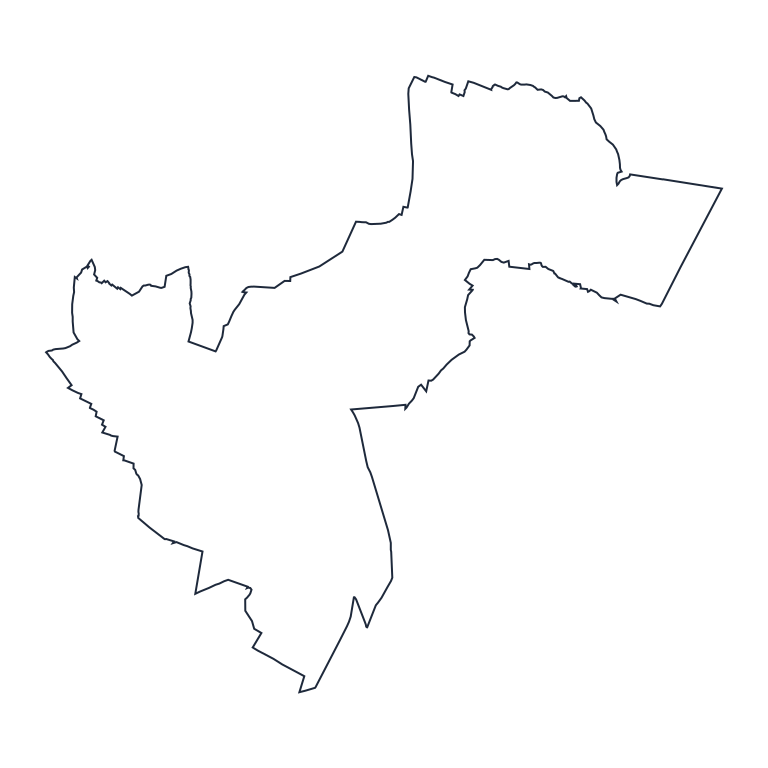 the district of Tlanalapa, Hidalgo, Mexico
{"feature_id": "50627088B50313266532501", "entity_name": "Tlanalapa", "entity_type": "district", "adm_level": 2, "iso_a3": "MEX", "parent_name": "Mexico", "parent_adm1": "Hidalgo", "projection": "robinson", "projection_center": [-98.588, 19.828], "detail": "fine", "context": "isolated", "style": "outline", "palette": "slate", "viewbox_px": 768, "rotation_deg": 0, "n_neighbors": 0, "source": "geoboundaries", "source_scale": "gbopen_adm2", "svg_char_len": 5990}
<svg xmlns="http://www.w3.org/2000/svg" viewBox="0 0 768 768"><path d="M566.1,96.1L565.0,97.3L563.7,96.4L562.4,96.3L557.1,97.9L555.4,98.0L553.4,97.5L551.9,95.9L547.8,92.5L544.8,91.6L543.1,90.0L541.2,89.4L537.6,89.8L535.1,87.4L533.9,86.7L533.0,85.9L530.4,85.0L526.4,84.4L524.5,84.6L521.1,84.6L519.9,84.2L517.3,82.5L516.4,82.4L515.1,84.1L514.0,85.2L509.9,88.0L508.7,89.1L507.6,89.3L503.3,88.1L501.9,87.5L500.8,86.7L498.1,85.9L495.0,84.5L494.2,84.9L493.8,85.5L493.1,85.8L492.7,86.3L492.5,87.3L491.1,89.2L491.2,89.8L473.7,82.8L468.3,81.3L465.8,88.6L464.5,90.3L464.7,92.1L463.4,96.0L459.6,94.4L458.5,96.0L455.3,94.1L451.5,92.6L451.3,92.2L452.6,84.5L445.1,82.0L433.9,77.6L432.2,77.2L428.2,75.8L425.7,81.7L425.2,81.8L416.5,77.4L414.3,77.0L408.7,88.3L408.3,93.8L409.1,109.6L410.3,124.5L411.2,143.5L412.0,154.3L413.0,161.0L413.0,162.0L412.5,178.9L410.6,191.5L407.7,207.5L407.4,207.6L403.4,206.8L401.6,214.9L399.0,214.1L395.2,217.7L392.4,219.8L389.2,221.9L387.8,221.9L386.3,222.7L380.8,223.7L371.1,224.1L368.9,223.8L366.1,222.3L362.0,222.2L359.7,221.9L356.0,221.7L342.4,251.6L319.3,266.5L300.9,273.6L290.4,277.1L290.2,281.0L284.6,280.9L274.6,287.9L254.1,286.6L250.9,286.7L248.4,287.0L246.4,288.0L244.5,290.0L243.2,291.1L242.5,291.9L243.4,292.2L246.3,292.5L244.4,294.7L239.2,304.2L234.8,309.7L233.4,311.8L231.5,315.9L229.1,321.7L227.8,324.4L223.7,326.1L223.4,329.3L222.4,336.1L222.1,337.2L216.2,350.5L215.6,351.4L188.5,341.5L191.0,332.2L191.8,328.2L192.6,322.8L192.6,319.9L191.0,313.1L190.9,311.0L190.4,308.1L190.6,306.3L189.7,303.4L190.7,300.3L190.7,299.0L191.3,297.7L191.5,293.8L191.4,291.5L190.7,287.9L190.8,286.6L190.5,285.3L190.6,283.5L190.6,279.6L190.2,276.9L189.6,276.3L189.4,275.3L189.5,274.3L188.8,273.0L188.7,272.4L188.9,270.6L188.7,269.6L188.4,269.2L188.4,268.2L188.1,266.8L185.3,267.2L180.9,268.7L176.6,270.6L171.3,274.0L166.3,275.8L164.6,286.8L161.5,287.9L160.3,287.8L155.6,286.4L151.1,285.8L150.5,284.8L149.8,284.6L148.2,284.7L145.4,285.5L143.8,285.5L142.5,286.4L139.0,291.7L131.9,295.6L129.8,293.9L120.8,287.9L120.3,289.1L118.0,287.3L117.2,288.7L112.2,284.6L111.4,285.5L109.2,283.6L109.2,283.1L107.5,281.1L105.6,282.3L104.2,280.7L101.7,283.2L101.1,282.6L99.3,282.3L97.6,281.1L96.3,280.6L97.2,277.8L94.1,274.5L95.2,270.1L94.8,267.0L91.6,259.8L90.4,260.9L87.5,265.5L88.9,266.7L87.7,268.0L87.2,266.4L82.1,269.5L81.1,272.6L76.5,277.5L76.8,278.4L74.8,277.0L73.8,287.6L74.1,292.1L73.3,295.7L72.2,304.2L72.1,312.8L72.7,316.9L72.7,321.6L73.6,332.5L77.4,339.2L79.2,341.0L76.8,342.6L72.2,344.7L70.1,346.2L65.4,348.1L63.2,348.5L55.6,349.1L53.3,349.6L51.9,350.5L48.5,350.9L46.6,351.9L46.1,352.3L48.0,354.4L49.8,357.0L51.7,359.0L52.9,360.0L53.4,361.3L55.1,363.0L62.1,371.5L66.4,377.9L71.6,385.2L68.0,387.9L72.4,390.3L78.1,393.0L81.4,394.1L80.1,398.4L91.3,403.9L89.9,407.7L89.9,408.0L93.5,409.7L96.6,411.7L95.7,416.3L103.7,420.3L102.0,424.7L105.5,426.8L102.3,432.5L110.0,434.9L111.1,435.6L113.1,436.1L117.6,436.6L114.6,450.8L114.9,451.6L123.9,456.1L123.3,460.3L124.4,460.4L133.6,463.6L133.5,468.3L135.2,469.9L136.3,473.6L136.9,474.5L138.2,475.5L140.1,479.0L141.7,485.0L138.5,509.8L138.4,512.0L138.7,513.3L138.6,515.8L138.0,516.1L138.3,518.0L149.5,527.5L164.6,539.1L165.1,539.2L166.2,539.0L174.0,541.4L172.8,543.2L176.5,542.1L183.8,545.1L187.4,546.2L192.6,548.4L202.5,551.5L195.3,593.8L200.4,591.4L209.0,587.9L215.5,584.8L219.3,583.6L224.2,581.2L228.2,579.8L247.7,586.7L247.0,588.1L248.2,587.6L250.3,588.0L251.5,589.7L250.3,593.4L249.4,594.9L248.5,595.9L247.1,597.6L245.2,599.3L245.3,610.8L252.0,621.1L254.2,628.8L261.4,633.0L252.7,647.5L257.8,650.6L273.4,658.8L282.2,664.4L304.3,676.2L299.4,692.2L305.4,690.7L315.1,687.8L315.6,687.1L339.7,640.6L347.0,626.2L349.0,621.7L350.7,616.6L353.9,597.3L354.2,597.2L354.6,597.3L356.1,599.4L364.8,621.8L365.8,624.5L366.2,626.6L366.7,627.2L367.2,627.3L375.7,605.6L376.1,604.9L377.8,602.9L381.5,597.8L387.4,587.2L391.0,581.0L392.3,577.7L391.2,551.8L390.8,549.8L390.8,542.9L388.0,530.2L371.9,476.8L370.3,472.3L367.7,467.2L366.2,460.9L359.5,427.7L358.1,423.1L354.7,415.4L353.0,412.4L351.1,409.5L393.0,406.0L405.5,404.8L405.3,408.8L406.5,407.6L409.0,403.6L411.9,400.6L413.7,398.2L418.2,386.8L421.1,384.7L426.2,391.3L428.5,380.5L431.2,380.7L433.1,379.6L438.7,373.6L441.0,370.4L443.3,368.5L446.6,364.6L451.6,359.8L458.9,354.5L464.6,351.7L466.5,349.6L469.6,345.4L469.7,341.3L470.6,340.4L474.6,337.9L473.8,336.5L471.9,334.6L469.5,334.4L468.5,333.1L468.7,331.2L465.9,320.0L465.0,312.4L464.9,307.2L467.2,299.3L468.1,295.1L472.6,290.1L472.7,289.8L469.2,289.6L472.6,285.6L469.6,283.8L464.9,280.0L467.6,276.4L468.9,272.9L470.7,269.2L475.4,268.3L477.3,267.7L480.0,265.1L484.3,259.8L492.9,260.1L495.0,259.1L497.2,258.9L498.9,259.8L501.4,261.9L503.8,262.6L508.6,260.9L509.3,266.7L529.4,269.0L529.0,264.3L530.3,264.7L531.4,264.5L533.0,263.5L534.3,263.0L536.6,263.0L539.4,262.7L540.5,262.8L541.0,263.2L541.5,265.2L542.0,266.1L542.9,266.9L545.6,266.8L548.3,269.0L553.1,270.9L553.4,271.2L554.4,273.5L555.1,273.6L558.1,277.4L559.5,277.9L559.5,278.1L561.9,278.9L568.5,281.8L569.7,281.6L571.8,283.4L572.9,283.9L573.2,284.8L574.1,285.3L574.6,286.2L575.8,286.7L576.7,286.4L576.6,286.2L574.8,283.7L580.1,284.2L581.0,288.2L580.8,288.5L587.1,289.1L588.0,291.8L589.4,291.1L590.8,289.7L596.9,292.7L599.3,295.3L601.5,297.4L604.4,298.1L611.5,298.8L613.2,298.8L613.3,299.5L616.4,301.5L614.8,298.5L620.6,294.7L635.8,299.1L640.5,300.9L646.8,303.6L649.3,303.7L653.3,305.2L660.1,306.4L661.9,303.8L680.5,267.2L721.9,188.6L663.1,179.3L662.7,179.4L630.1,174.4L629.8,175.8L628.6,177.4L626.7,178.1L623.1,179.1L621.2,180.0L619.8,181.3L618.4,183.8L617.1,185.1L616.5,181.9L616.5,177.8L617.1,174.2L617.7,172.8L621.6,171.6L620.5,169.8L620.0,167.8L619.9,164.3L619.4,160.0L618.1,154.1L617.0,151.6L616.2,149.4L612.9,144.6L609.2,141.7L606.6,139.3L606.1,136.4L605.4,134.3L604.3,131.9L603.5,129.7L600.3,126.0L595.9,122.5L594.3,119.2L593.4,115.5L591.2,108.5L587.4,103.5L586.2,102.7L584.5,100.5L581.0,97.3L579.4,98.2L578.9,100.8L570.1,100.9L566.6,98.0L566.1,96.1Z" fill="none" stroke="#1e293b" stroke-width="2"/></svg>